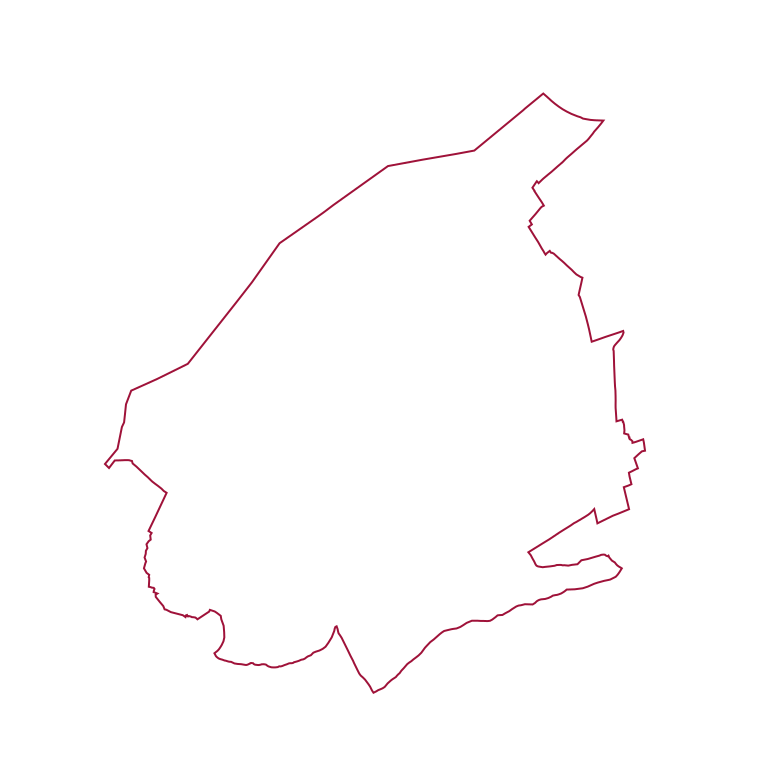 Hemeius, Bacau, Romania (Natural Earth projection), rotated 277°
{"feature_id": "2599482B10369787235709", "entity_name": "Hemeius", "entity_type": "district", "adm_level": 2, "iso_a3": "ROU", "parent_name": "Romania", "parent_adm1": "Bacau", "projection": "natural_earth1", "projection_center": [26.841, 46.628], "detail": "fine", "context": "isolated", "style": "outline", "palette": "rose", "viewbox_px": 768, "rotation_deg": 277, "n_neighbors": 0, "source": "geoboundaries", "source_scale": "gbopen_adm2", "svg_char_len": 6075}
<svg xmlns="http://www.w3.org/2000/svg" viewBox="0 0 768 768"><g transform="rotate(277 384 384)"><path d="M309.4,129.1L287.2,127.4L270.6,116.8L267.1,121.3L275.3,126.1L276.1,131.6L276.9,136.4L277.2,138.9L277.3,140.3L277.0,142.0L276.9,143.2L274.5,144.2L271.8,148.4L268.3,153.1L265.0,157.5L262.7,160.9L260.3,164.0L258.9,165.9L257.0,169.1L255.2,172.3L253.0,175.9L251.0,178.4L249.5,181.5L223.9,173.1L209.4,168.2L207.8,171.5L205.2,170.4L201.1,171.4L199.3,169.6L196.0,167.8L192.3,169.2L189.4,168.0L186.3,168.2L182.6,167.5L178.8,169.5L177.1,169.0L171.8,168.2L167.6,171.4L166.0,174.2L163.5,174.0L162.9,174.6L160.4,174.9L154.1,175.3L153.9,177.3L153.6,178.3L153.6,180.3L152.6,181.2L151.2,180.8L149.4,180.7L148.4,184.6L147.1,183.0L144.9,183.4L140.2,188.2L136.7,192.0L133.6,193.7L133.4,195.5L131.6,200.3L130.5,208.7L130.0,212.5L128.5,215.3L130.1,215.5L130.7,216.6L129.5,217.1L129.4,217.9L129.9,218.4L129.8,219.4L129.5,221.0L129.2,221.7L129.3,223.5L129.2,225.3L128.4,226.6L127.7,227.5L136.8,238.2L138.6,238.7L137.6,243.7L136.4,246.1L134.0,250.2L130.6,251.2L124.5,254.3L118.2,255.6L113.0,256.4L109.0,256.0L106.6,255.2L105.1,254.7L102.7,253.6L100.6,252.5L98.8,251.2L97.1,249.5L96.1,248.5L94.7,249.5L93.6,250.2L92.7,251.2L91.5,253.2L91.0,255.0L90.7,257.1L90.1,259.6L90.1,260.5L89.6,263.2L89.5,264.3L89.6,266.0L89.0,267.9L88.4,269.6L88.3,273.0L88.5,276.4L88.3,280.4L88.3,281.4L88.8,282.8L89.7,284.2L90.1,285.0L90.6,285.3L90.9,286.1L90.9,288.1L90.1,289.0L89.7,290.2L89.7,292.6L89.8,294.1L90.5,296.0L90.9,296.8L91.2,298.7L91.2,300.1L91.0,301.3L90.1,302.6L89.6,303.9L89.1,306.7L89.2,308.7L89.5,310.7L89.8,312.0L90.1,313.1L91.0,314.4L91.1,315.9L91.7,317.4L92.9,319.5L94.0,321.8L95.0,323.5L95.3,324.3L95.4,324.8L95.7,326.7L96.3,328.1L96.9,328.6L97.3,329.7L98.1,331.6L98.9,333.3L100.2,335.4L100.9,337.5L101.7,338.8L103.4,340.5L104.4,341.7L105.9,344.5L108.7,346.6L110.0,348.9L111.6,352.4L113.6,355.4L116.1,358.0L120.3,360.3L126.2,363.0L132.8,364.7L135.3,364.9L137.0,365.4L137.7,366.5L135.1,367.8L132.7,368.6L131.0,369.3L129.3,370.9L126.9,372.9L115.2,380.6L110.2,383.8L105.4,387.1L103.5,388.2L97.2,392.3L93.6,394.7L91.8,396.4L90.1,398.9L88.2,401.3L83.9,405.4L81.9,407.1L78.4,409.4L76.3,411.2L78.0,413.8L79.4,415.5L80.5,417.5L81.8,419.7L83.4,421.6L87.3,424.1L90.5,426.9L91.9,428.3L93.4,430.1L94.6,431.5L95.9,432.3L97.0,433.1L97.9,433.8L98.8,434.7L101.6,436.2L104.3,438.2L108.8,441.2L110.6,443.0L112.3,445.0L113.0,445.6L114.2,446.7L116.4,449.0L118.8,451.4L121.8,453.8L127.2,456.8L129.3,458.3L133.5,461.4L136.5,464.5L141.7,469.1L142.4,469.7L144.6,471.9L146.2,473.8L147.6,477.5L148.8,480.7L149.4,482.7L150.2,485.8L152.2,489.4L154.2,491.9L157.0,495.2L159.7,500.0L160.4,505.3L160.6,508.5L161.0,512.2L161.3,515.7L161.9,518.1L163.4,520.2L166.2,523.1L168.2,524.9L168.6,526.5L169.2,529.7L171.3,532.4L173.8,536.0L176.2,538.6L179.3,542.4L180.5,544.6L181.1,546.9L182.6,550.7L183.3,558.4L185.1,560.6L187.0,562.1L188.1,563.5L188.7,564.5L189.4,566.2L190.3,570.2L191.6,573.2L193.3,575.9L194.5,577.3L195.3,579.6L195.8,581.5L196.5,583.1L197.7,585.4L199.5,587.7L201.1,589.4L202.2,590.3L203.5,598.4L204.5,602.3L205.5,606.2L207.7,610.9L211.3,616.9L213.0,620.5L215.5,626.6L216.9,630.8L217.5,632.4L220.9,637.5L223.3,639.2L225.7,640.5L226.1,640.7L230.0,642.5L230.6,641.3L231.4,639.4L232.4,637.6L233.8,636.0L235.0,634.9L236.5,631.7L239.3,628.7L241.0,627.7L240.3,626.9L240.6,625.5L241.5,624.0L241.4,622.4L240.9,620.4L239.9,618.7L238.5,615.3L235.1,607.5L233.1,601.4L228.7,598.0L227.4,592.6L226.2,589.1L226.1,584.8L225.8,583.7L226.0,581.6L225.4,577.6L224.4,575.5L223.2,571.0L222.0,565.7L221.5,563.9L221.7,559.1L222.2,557.6L223.3,556.5L226.3,554.6L229.1,552.5L231.9,550.6L234.6,547.8L245.4,561.2L250.0,567.0L257.7,575.9L260.9,579.8L264.1,583.8L266.3,586.5L269.0,589.5L270.5,591.7L276.7,599.7L279.2,602.7L280.8,604.3L283.1,606.2L285.5,607.9L275.3,611.6L271.7,612.8L281.2,627.3L283.8,632.2L289.6,642.5L310.8,634.6L312.1,637.2L313.0,639.0L314.7,641.8L317.3,640.8L322.1,639.0L325.8,637.9L327.6,640.7L330.2,644.5L331.2,646.3L340.9,641.5L345.4,645.3L348.6,648.2L349.6,651.2L357.5,649.1L360.7,648.0L357.4,641.3L357.3,641.1L355.9,637.8L357.5,637.5L358.6,636.1L358.9,635.4L359.1,634.7L360.6,634.2L360.4,633.9L363.6,632.6L363.9,630.1L364.2,628.4L367.4,628.3L371.1,627.5L372.4,627.3L374.5,626.5L375.7,626.0L375.6,625.6L376.4,625.3L377.6,624.7L375.3,619.3L377.6,618.9L384.4,617.6L388.5,616.8L391.5,616.4L396.0,615.9L400.4,615.3L405.7,614.5L409.8,613.6L414.3,612.8L430.7,610.1L434.8,609.5L444.9,607.9L445.9,607.4L446.6,607.3L447.8,607.4L449.3,607.7L450.6,608.4L452.4,609.6L453.7,610.5L456.2,612.3L458.8,613.7L461.3,614.8L464.2,615.5L465.8,614.9L463.7,610.7L457.7,598.0L454.9,592.4L451.8,586.1L451.3,585.0L463.2,580.9L468.0,579.1L475.6,576.1L494.2,567.8L496.1,566.3L500.3,566.7L508.2,567.5L513.7,568.0L514.2,566.1L516.2,561.6L518.1,559.0L520.2,556.4L521.6,554.4L523.9,551.1L526.1,548.2L527.7,545.9L529.5,543.1L533.6,537.3L534.1,536.6L534.7,534.9L534.6,533.9L535.1,533.3L536.3,532.3L533.8,529.8L532.1,528.6L532.9,527.9L533.9,527.1L535.3,526.1L536.4,525.2L537.6,524.2L539.9,522.5L543.7,519.7L547.9,516.2L557.6,508.4L560.4,511.3L563.8,508.7L567.2,511.0L571.0,513.6L577.8,517.9L579.1,518.9L580.5,520.9L583.6,518.5L587.4,515.2L590.1,512.9L592.0,511.3L593.8,509.8L594.0,509.9L596.9,507.4L602.2,510.1L603.6,510.8L603.9,511.0L603.2,511.8L602.8,512.4L602.2,513.0L603.1,513.7L605.5,515.6L607.3,517.1L611.8,521.3L614.7,524.1L620.8,529.5L623.0,531.5L626.2,534.4L629.4,536.8L631.3,538.4L633.5,540.4L635.7,542.4L639.0,545.3L641.0,547.1L642.8,548.8L645.6,551.4L647.2,552.9L650.3,555.8L652.4,557.3L655.2,559.0L657.9,560.7L660.2,561.9L662.2,563.3L665.3,565.4L668.9,567.7L672.2,569.6L671.5,561.5L671.3,556.9L671.5,552.4L671.7,549.1L672.7,546.6L673.3,543.3L674.2,539.9L674.9,537.2L676.7,532.1L678.5,527.8L680.7,523.5L683.0,519.5L685.5,515.6L689.0,510.7L691.7,506.7L691.0,506.0L674.6,490.4L672.6,488.7L626.7,445.2L621.1,427.4L611.3,394.8L600.8,361.4L555.6,312.1L546.9,303.1L542.4,298.2L511.0,263.2L468.8,240.5L447.6,227.8L380.1,186.8L361.2,158.0L346.6,133.9L332.4,130.4L322.0,130.6L314.2,130.7L309.4,129.1Z" fill="none" stroke="#9f1239" stroke-width="2"/></g></svg>